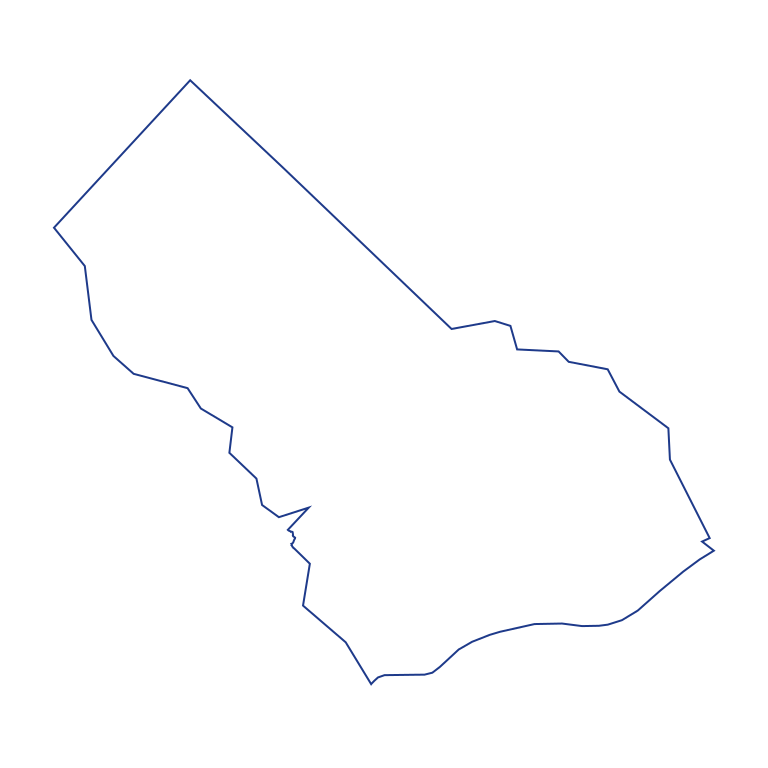 the district of Gloucester, New Jersey, United States of America, rotated 181°
{"feature_id": "52423323B68296244508740", "entity_name": "Gloucester", "entity_type": "district", "adm_level": 2, "iso_a3": "USA", "parent_name": "United States of America", "parent_adm1": "New Jersey", "projection": "mercator", "projection_center": [-75.155, 39.702], "detail": "fine", "context": "isolated", "style": "outline", "palette": "blue", "viewbox_px": 768, "rotation_deg": 181, "n_neighbors": 0, "source": "geoboundaries", "source_scale": "gbopen_adm2", "svg_char_len": 1158}
<svg xmlns="http://www.w3.org/2000/svg" viewBox="0 0 768 768"><g transform="rotate(181 384 384)"><path d="M303.9,120.3L291.4,127.8L274.0,135.0L263.6,138.3L229.3,146.6L201.8,147.6L181.7,145.4L170.7,145.8L164.9,146.0L156.0,147.3L142.0,152.0L126.3,161.9L104.8,181.7L81.6,201.6L65.3,214.1L51.3,223.1L63.2,232.0L55.7,235.6L96.8,313.4L98.9,344.7L148.5,380.5L160.6,402.6L199.7,409.4L210.0,419.6L251.5,420.9L258.6,444.3L274.3,448.9L317.4,440.2L488.3,598.1L583.1,684.3L673.9,582.5L716.7,534.5L685.2,496.7L677.6,443.0L655.0,407.3L634.5,389.8L580.3,376.4L566.7,356.3L534.8,338.0L537.4,312.5L509.9,287.2L503.8,260.9L486.8,249.0L457.1,259.1L477.6,236.5L477.2,236.1L476.2,235.5L475.2,235.2L474.6,234.6L474.2,234.8L472.9,234.5L472.7,234.0L472.3,231.4L472.5,231.0L472.2,230.2L470.2,228.8L470.3,227.9L470.9,227.1L471.6,225.2L472.0,224.0L472.9,222.9L473.5,222.7L473.3,222.5L473.7,221.3L473.3,221.1L472.9,219.9L471.8,218.8L471.6,218.3L471.1,218.2L455.0,203.0L461.1,161.0L417.8,125.1L391.6,83.7L391.3,84.1L388.6,87.0L385.0,90.4L384.9,90.5L378.4,92.9L348.9,93.8L338.4,94.1L330.6,96.2L323.2,102.1L304.5,120.0L303.9,120.3Z" fill="none" stroke="#1e3a8a" stroke-width="2"/></g></svg>